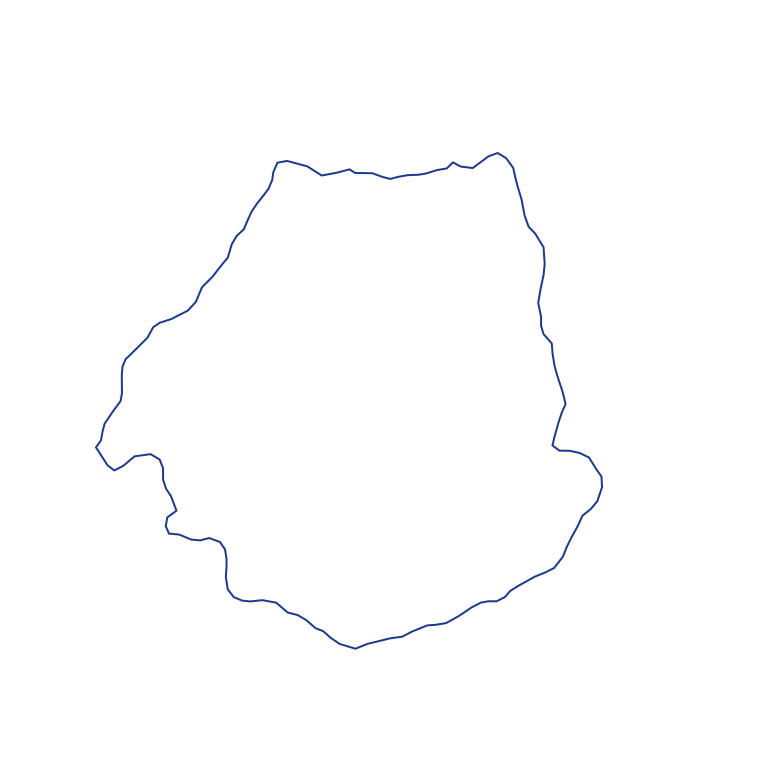 Tarumã, São Paulo, Brazil, rotated 206°
{"feature_id": "56859067B95446673661662", "entity_name": "Tarumã", "entity_type": "district", "adm_level": 2, "iso_a3": "BRA", "parent_name": "Brazil", "parent_adm1": "São Paulo", "projection": "orthographic", "projection_center": [-50.598, -22.773], "detail": "fine", "context": "isolated", "style": "outline", "palette": "blue", "viewbox_px": 768, "rotation_deg": 206, "n_neighbors": 0, "source": "geoboundaries", "source_scale": "gbopen_adm2", "svg_char_len": 1966}
<svg xmlns="http://www.w3.org/2000/svg" viewBox="0 0 768 768"><g transform="rotate(206 384 384)"><path d="M462.2,170.1L454.4,165.7L448.7,157.5L445.1,149.9L441.6,141.3L434.4,130.9L425.5,126.6L416.6,127.1L409.0,129.9L398.5,136.4L385.1,140.2L370.5,136.4L360.2,138.5L350.2,137.7L338.6,134.5L330.3,135.2L320.6,132.5L310.0,130.9L293.6,133.6L285.0,143.1L267.1,158.0L256.8,164.9L250.1,174.0L239.3,186.0L232.2,190.1L223.4,196.3L215.2,208.0L207.4,221.5L201.1,230.0L194.9,234.5L187.5,238.1L182.0,245.4L179.8,253.5L174.1,262.5L163.9,277.1L156.6,285.1L150.5,293.1L147.5,307.2L148.3,317.4L148.3,327.9L147.6,341.3L147.9,352.6L143.3,362.4L140.9,372.2L142.8,386.8L147.9,396.1L155.3,400.2L167.5,407.8L177.8,407.8L187.7,405.4L197.1,401.0L205.6,402.6L207.5,410.6L210.2,425.4L211.7,436.3L212.0,445.6L219.9,455.1L231.6,467.1L238.3,474.6L245.7,485.0L251.0,494.0L262.5,498.8L268.5,505.4L272.4,513.5L280.9,524.4L285.0,538.4L288.4,552.0L292.2,562.3L300.5,576.8L313.9,585.4L322.9,588.7L331.5,597.1L341.3,610.2L349.9,619.5L355.9,626.4L362.6,634.9L373.4,640.6L383.2,641.4L389.9,634.4L398.9,617.0L410.2,613.1L419.2,613.4L422.1,605.3L430.4,599.3L438.6,591.5L444.9,587.1L454.4,582.0L462.2,576.3L468.2,571.1L475.7,569.5L486.9,568.3L495.5,564.3L502.2,561.0L509.1,561.8L519.4,552.9L531.4,544.1L548.3,546.0L568.9,542.0L576.8,536.2L576.3,525.7L573.9,518.3L573.4,508.9L574.9,501.0L577.2,490.7L578.6,480.9L578.3,470.9L577.8,461.6L581.3,452.6L582.1,442.9L579.8,429.0L582.1,419.7L585.2,405.1L590.0,391.2L589.1,375.3L592.5,363.9L598.6,355.9L603.4,349.4L612.4,340.8L616.3,333.9L616.9,321.9L622.3,306.3L627.1,292.9L626.7,285.3L623.8,277.5L615.5,260.9L613.3,253.2L615.5,241.4L617.7,225.9L616.2,218.2L613.7,209.3L615.1,200.8L596.8,189.7L588.5,188.1L582.5,196.1L576.5,209.6L563.1,218.6L552.6,217.8L545.8,211.6L540.6,201.2L534.2,194.5L526.3,189.8L515.0,179.2L520.3,169.1L517.8,160.5L511.7,155.3L502.0,158.9L488.9,159.7L480.6,162.9L473.6,168.9L462.2,170.1Z" fill="none" stroke="#1e3a8a" stroke-width="2"/></g></svg>